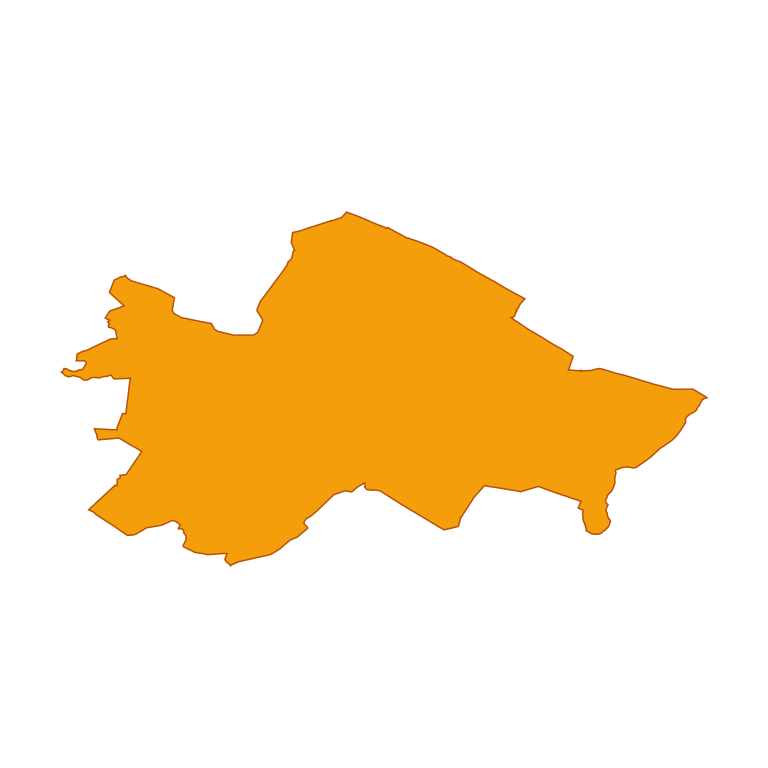 the district of Jaungulbenes pag., Gulbene, Latvia, rotated 353°
{"feature_id": "27541924B98196696268447", "entity_name": "Jaungulbenes pag.", "entity_type": "district", "adm_level": 2, "iso_a3": "LVA", "parent_name": "Latvia", "parent_adm1": "Gulbene", "projection": "robinson", "projection_center": [26.577, 57.088], "detail": "fine", "context": "isolated", "style": "filled", "palette": "amber", "viewbox_px": 768, "rotation_deg": 353, "n_neighbors": 0, "source": "geoboundaries", "source_scale": "gbopen_adm2", "svg_char_len": 6078}
<svg xmlns="http://www.w3.org/2000/svg" viewBox="0 0 768 768"><g transform="rotate(353 384 384)"><path d="M211.5,544.7L218.0,542.7L250.1,539.5L250.8,539.3L251.8,539.0L258.3,536.0L259.0,535.7L260.9,534.7L271.2,527.8L272.0,527.4L277.3,526.0L279.5,525.2L290.1,518.3L290.6,517.8L290.8,517.3L290.7,517.0L287.9,513.3L287.6,512.5L288.0,511.3L289.7,508.8L291.0,508.1L295.6,506.0L301.6,502.1L319.7,488.5L320.1,488.0L320.7,487.8L332.6,485.2L333.1,485.3L337.0,486.8L337.6,486.9L338.1,486.9L338.5,487.1L339.4,486.9L343.2,484.2L345.4,482.9L352.9,479.7L353.0,480.3L352.9,483.1L352.8,483.3L352.1,483.6L354.0,486.6L358.0,487.7L363.5,488.4L367.0,489.5L390.4,508.7L403.8,518.9L421.5,532.9L426.0,536.1L440.5,534.4L443.9,525.8L444.2,525.9L459.5,507.5L471.2,497.2L473.3,497.7L475.2,498.4L481.6,500.1L506.8,507.5L524.7,504.5L541.4,513.0L549.2,516.8L550.1,517.0L554.3,519.2L560.8,522.3L565.2,524.4L561.6,530.8L565.0,532.8L566.2,533.0L566.3,533.4L565.8,535.7L565.2,536.8L565.1,537.9L565.4,539.5L565.3,540.8L565.0,541.9L565.3,543.0L565.4,543.9L565.2,544.7L565.5,545.0L565.7,545.8L565.7,546.1L566.3,546.5L566.2,546.7L566.3,547.1L566.5,547.2L566.4,547.6L566.2,547.6L566.2,547.8L566.5,549.1L566.9,550.0L566.8,550.7L566.9,551.7L567.1,552.6L566.8,553.5L566.7,554.1L566.9,554.3L567.2,554.6L568.5,555.3L569.1,555.7L570.8,557.3L571.2,557.6L571.9,557.9L574.7,558.8L575.3,558.9L575.9,559.0L576.4,558.9L578.6,559.2L580.3,558.9L582.2,558.2L583.2,557.0L584.5,556.4L585.4,556.3L587.2,554.7L589.4,552.9L590.8,550.7L591.1,549.5L592.1,547.8L591.8,546.7L590.6,545.1L589.9,542.6L589.7,541.4L589.9,540.0L589.7,539.0L589.0,537.8L588.9,537.0L589.9,533.9L591.7,531.3L591.6,531.1L590.0,529.2L589.7,527.2L589.7,526.3L591.3,524.3L591.4,524.0L592.1,521.8L596.9,518.0L598.8,515.1L600.5,511.7L601.2,510.0L601.2,508.4L601.6,506.4L601.8,504.7L602.0,503.9L603.2,501.4L603.4,500.5L603.2,499.5L603.2,498.7L603.4,497.7L609.8,496.0L611.9,495.8L616.3,496.1L620.5,497.6L621.1,497.6L623.8,497.6L624.2,497.5L636.2,491.1L639.8,489.0L650.2,481.6L654.7,479.4L662.2,475.4L664.9,473.6L667.8,471.3L670.0,469.1L672.6,466.3L675.1,463.3L678.6,459.0L678.9,458.3L678.9,456.1L678.9,455.4L679.9,454.1L681.2,453.0L684.7,450.9L685.8,450.5L687.2,450.1L688.3,449.7L690.1,448.5L690.9,447.9L692.8,445.0L694.6,443.5L695.3,442.1L696.4,440.8L697.0,439.6L697.7,438.8L699.2,437.9L700.0,437.5L700.8,437.3L702.9,437.0L702.5,436.5L694.9,430.6L694.8,430.4L690.0,426.8L678.4,425.4L675.3,425.2L675.2,425.1L672.2,424.7L670.0,424.4L669.5,424.2L651.1,416.8L646.2,414.5L641.8,412.8L637.0,410.5L623.4,404.5L622.6,404.3L615.4,401.6L603.0,396.0L599.9,394.9L594.5,395.2L590.6,395.8L589.9,396.0L589.0,395.6L584.5,395.3L581.6,395.4L581.9,394.7L581.3,394.5L580.5,394.4L579.4,394.5L578.8,394.8L578.1,394.3L574.8,393.8L573.5,393.4L571.0,392.9L569.9,392.7L568.8,392.9L571.1,387.9L574.5,380.9L575.1,379.5L572.6,377.5L564.7,371.0L555.8,364.5L546.4,356.9L540.9,352.7L534.9,348.2L527.9,342.2L525.5,339.9L522.5,337.5L522.2,337.3L518.2,333.6L520.6,333.2L521.8,332.6L522.4,331.7L523.6,329.0L524.9,327.6L524.3,326.9L524.2,326.6L524.7,326.1L525.3,325.7L526.7,325.0L527.2,323.7L529.3,320.8L534.3,316.6L521.4,307.5L514.2,302.2L509.4,298.5L506.6,296.1L503.5,294.0L496.6,288.9L493.5,286.8L490.1,284.2L475.3,272.4L468.5,268.8L465.0,265.6L462.4,264.7L461.8,264.3L461.1,263.2L459.9,262.4L449.7,254.7L437.2,247.7L426.5,242.6L426.5,242.4L424.4,241.8L423.4,241.1L422.3,240.2L413.1,233.7L407.2,229.4L406.6,229.0L406.2,229.2L406.3,229.5L405.7,229.8L403.4,228.4L398.9,226.0L392.0,222.2L380.4,215.3L367.7,208.8L366.9,209.6L362.1,213.6L352.0,215.6L351.9,215.4L331.1,219.4L329.5,219.6L320.6,221.6L311.7,222.6L309.2,232.4L311.6,240.5L310.5,240.6L307.2,248.8L305.8,249.6L303.9,251.0L303.4,251.6L303.0,252.4L302.3,253.9L298.8,258.2L275.2,283.0L271.9,286.2L271.3,287.0L267.0,294.7L266.9,295.2L266.9,295.8L267.2,296.5L267.9,297.9L271.5,305.9L265.0,317.5L260.3,319.6L253.9,318.7L240.8,317.2L225.1,311.3L222.4,308.8L220.1,302.9L209.8,299.7L191.0,293.4L184.1,288.5L182.8,285.0L186.5,272.8L174.2,264.0L171.5,262.0L145.9,250.9L143.6,248.9L141.6,246.8L140.4,244.5L140.1,244.4L139.8,244.7L139.1,245.2L138.7,245.6L135.4,245.7L134.0,246.4L128.9,248.0L122.6,259.6L124.3,261.7L135.5,274.7L131.1,275.9L124.5,277.3L120.7,278.2L117.4,282.0L115.3,284.6L116.2,285.3L117.5,285.9L119.8,287.3L119.4,287.6L117.3,288.4L118.7,290.9L117.5,292.1L117.8,294.1L120.3,295.0L122.7,296.6L124.2,297.8L124.1,298.9L124.7,306.5L118.1,306.0L102.3,311.2L92.1,314.7L89.7,314.6L84.3,316.4L83.0,317.1L82.8,318.4L82.2,320.5L81.9,322.6L81.8,323.0L81.4,323.4L89.9,324.6L91.2,327.2L88.8,330.1L86.5,333.0L84.1,332.7L78.1,334.1L73.5,332.3L70.7,330.2L68.2,329.6L67.6,331.2L66.8,331.9L65.1,332.9L66.6,334.2L68.6,336.7L71.4,338.4L74.5,338.2L76.3,337.7L83.4,340.5L86.1,343.4L90.4,343.8L94.7,342.0L96.6,342.1L102.6,343.3L106.1,342.4L109.7,342.7L114.2,341.8L116.4,346.0L122.2,346.5L133.1,347.4L132.0,350.7L130.8,355.2L129.2,362.1L125.3,377.3L124.1,382.2L120.8,381.4L119.9,383.4L113.6,395.0L113.5,397.1L91.1,393.1L92.2,397.9L92.7,399.2L92.8,402.8L93.5,404.6L112.0,405.3L114.3,405.4L121.7,410.9L123.7,412.7L126.9,414.9L135.4,421.4L116.9,442.6L112.4,442.5L110.8,442.5L110.8,445.1L107.6,446.1L106.7,452.2L104.7,451.7L95.1,458.7L90.5,462.0L78.4,470.8L75.5,472.9L80.5,475.9L82.0,478.1L83.6,479.5L92.1,486.7L99.2,492.6L103.2,496.3L109.8,502.0L111.1,503.1L117.7,503.2L120.5,502.3L125.1,500.4L130.9,497.8L146.2,497.1L146.7,496.9L153.5,494.8L157.0,493.6L160.2,494.9L162.9,497.2L163.8,498.0L164.0,498.4L164.4,498.9L164.3,499.3L164.2,499.4L163.9,499.9L163.7,500.1L163.7,500.4L163.5,500.8L163.1,501.1L162.4,501.7L162.2,502.1L162.2,502.6L162.8,502.9L163.2,502.9L165.1,502.8L165.5,503.0L166.4,503.7L166.8,504.3L166.8,504.9L167.1,505.4L167.1,505.7L167.3,505.9L167.3,506.7L167.1,507.1L167.0,507.3L169.1,510.8L168.8,512.0L168.6,514.5L165.0,519.6L164.9,520.4L165.0,520.7L165.4,521.3L168.5,523.4L171.2,525.1L171.5,525.2L175.7,528.1L183.7,530.3L188.0,531.9L204.5,532.7L205.1,532.8L207.5,533.3L204.8,538.3L204.7,538.5L204.8,539.0L205.0,539.7L205.5,540.5L207.2,542.7L208.7,544.1L209.1,545.1L209.4,545.7L210.2,545.2L211.5,544.7Z" fill="#f59e0b" stroke="#b45309" stroke-width="1.5"/></g></svg>